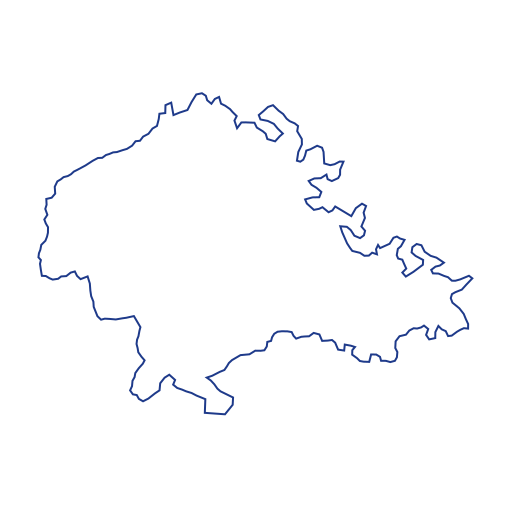 the district of Honório Serpa, Paraná, Brazil, rotated 183°
{"feature_id": "56859067B29869228450970", "entity_name": "Honório Serpa", "entity_type": "district", "adm_level": 2, "iso_a3": "BRA", "parent_name": "Brazil", "parent_adm1": "Paraná", "projection": "mercator", "projection_center": [-52.402, -26.16], "detail": "fine", "context": "isolated", "style": "outline", "palette": "blue", "viewbox_px": 512, "rotation_deg": 183, "n_neighbors": 0, "source": "geoboundaries", "source_scale": "gbopen_adm2", "svg_char_len": 4289}
<svg xmlns="http://www.w3.org/2000/svg" viewBox="0 0 512 512"><g transform="rotate(183 256 256)"><path d="M348.7,404.7L354.3,401.9L354.1,394.0L359.9,393.0L360.3,387.6L361.7,380.7L366.0,377.9L369.8,372.4L375.0,369.3L377.9,365.0L382.3,364.3L385.5,359.7L390.5,356.2L394.8,354.7L400.4,352.5L404.1,352.0L407.8,350.2L411.1,349.0L414.7,346.0L419.0,345.6L424.1,342.5L431.0,337.5L438.9,332.7L442.3,330.8L445.0,328.0L448.1,326.0L452.3,324.7L455.0,322.3L458.3,320.1L460.6,314.6L459.8,307.8L463.1,303.5L468.4,302.0L467.8,296.2L468.9,292.0L466.5,286.2L469.3,281.4L467.6,277.5L465.2,273.9L465.0,268.3L465.7,264.4L467.1,260.2L471.0,255.9L471.7,250.9L472.9,247.4L473.2,243.3L470.6,240.7L471.3,236.9L470.1,230.8L468.8,225.0L464.8,225.0L461.1,223.0L457.8,221.8L452.4,222.9L449.5,225.4L444.4,226.0L440.2,229.7L436.1,231.1L433.7,226.8L430.0,223.7L423.1,226.8L420.5,219.8L419.6,212.7L418.5,207.3L416.0,201.9L415.4,196.7L411.2,187.6L407.4,184.3L403.7,185.5L399.0,185.5L392.7,185.3L386.1,186.8L382.4,187.5L374.8,189.6L367.7,178.9L368.5,175.1L369.2,169.7L370.4,166.2L370.7,161.9L369.4,157.8L368.5,153.7L365.1,149.4L361.8,146.0L363.4,142.5L367.2,137.8L370.4,132.8L370.9,128.7L372.8,124.9L373.0,119.5L374.7,115.2L371.7,111.4L367.8,110.9L365.5,107.2L361.2,105.0L356.0,108.0L349.7,113.5L345.3,116.8L345.0,123.9L340.9,129.7L336.4,132.9L330.3,128.0L332.0,123.2L327.8,120.1L322.8,118.7L318.7,117.2L313.1,115.8L308.1,113.5L299.1,110.4L298.9,96.7L278.7,96.3L271.5,106.2L271.5,113.5L284.4,119.0L287.6,121.5L290.9,125.7L294.6,129.3L298.8,132.0L293.5,134.1L286.1,138.4L281.6,140.5L279.2,144.4L277.5,147.7L274.5,150.8L266.3,156.2L257.4,157.5L251.8,161.4L246.4,161.6L242.7,162.3L240.5,166.2L240.2,170.8L236.5,172.0L235.7,175.7L233.7,179.3L230.5,181.5L226.2,182.2L220.7,182.4L216.4,181.9L214.3,178.2L211.6,175.6L206.5,177.7L203.0,178.2L198.8,178.6L194.4,182.2L188.6,181.0L185.5,174.7L179.8,175.3L175.7,176.1L172.4,173.6L169.1,166.8L163.0,166.2L162.7,172.2L156.6,171.4L152.4,170.3L154.9,167.0L154.8,162.5L149.8,159.3L146.8,156.6L143.1,156.1L137.4,156.2L135.9,163.7L130.8,163.9L126.9,161.8L125.6,157.9L120.8,158.1L116.3,157.1L111.8,158.6L110.0,162.2L109.8,167.5L112.1,171.4L112.1,178.1L108.5,183.4L102.1,185.3L99.0,189.6L94.8,192.1L91.3,192.0L87.4,193.3L84.6,195.3L80.2,192.1L82.0,186.1L78.7,181.8L72.7,183.4L72.9,189.4L70.2,195.7L66.7,192.5L62.6,190.9L60.0,186.1L56.4,186.7L51.3,190.9L48.1,193.0L44.6,194.8L40.4,194.6L40.6,199.2L43.1,203.9L45.5,209.0L50.2,214.4L57.4,219.7L59.3,224.1L58.3,228.2L55.0,230.3L48.7,233.2L44.4,238.5L38.8,245.0L42.3,247.4L50.9,243.3L55.7,241.7L59.1,241.6L63.2,244.9L67.0,245.9L72.8,248.0L78.4,247.9L80.3,251.3L76.2,254.8L71.9,256.1L68.0,259.2L75.7,263.8L81.6,265.3L87.8,269.1L91.4,275.4L96.2,276.4L100.3,273.0L100.8,267.7L96.6,264.4L88.9,260.8L88.9,256.0L98.0,248.4L105.3,243.3L109.0,247.1L105.3,251.3L107.9,256.3L109.7,260.0L113.9,260.9L115.5,264.2L114.7,270.6L111.8,273.3L108.5,279.9L113.1,281.0L116.3,282.8L119.7,281.4L123.2,275.2L132.5,270.4L134.7,273.4L136.5,269.0L135.3,264.0L140.2,265.4L143.3,262.3L147.8,261.9L152.3,264.6L160.1,266.1L162.5,269.0L165.7,273.4L171.1,284.1L173.4,290.1L166.8,289.9L162.7,286.8L158.8,281.4L153.0,279.3L149.3,282.3L148.4,286.9L152.3,291.0L149.2,299.7L150.8,304.9L148.7,311.7L152.9,313.8L158.8,309.0L162.9,300.8L179.5,309.6L182.1,305.5L185.8,303.5L192.2,308.2L195.5,306.4L200.6,305.1L208.0,311.1L209.9,315.1L202.6,317.5L195.9,318.0L194.1,323.4L199.2,327.3L204.3,330.0L207.3,333.7L201.8,336.5L195.4,337.1L189.9,341.0L188.5,336.5L184.2,334.8L178.0,338.1L176.3,341.5L176.5,346.7L173.6,354.8L177.4,354.7L182.3,351.8L186.6,350.6L192.7,352.0L194.0,363.5L195.7,367.6L200.7,369.3L207.3,365.4L211.3,363.9L212.3,358.8L213.8,354.7L216.7,352.5L220.1,353.3L219.2,362.1L216.0,369.8L216.4,375.3L221.4,382.8L220.8,388.0L224.3,390.5L229.4,392.4L232.6,394.7L236.3,399.2L241.0,402.3L246.9,407.5L251.8,405.5L256.3,400.9L260.6,396.9L258.7,392.6L251.3,391.5L245.1,388.9L241.0,384.4L235.6,379.7L238.6,376.8L242.9,371.5L250.8,373.4L252.7,378.6L255.7,380.9L261.9,384.3L264.5,389.0L273.6,388.9L277.6,388.6L281.6,382.6L284.6,390.1L282.6,394.7L287.0,398.6L289.6,401.3L294.5,404.4L298.9,406.3L301.2,412.9L305.3,410.7L308.5,405.7L312.9,409.0L314.5,413.4L318.5,415.7L324.1,414.2L328.4,406.4L332.1,398.2L339.6,395.3L345.8,392.4L348.7,404.7Z" fill="none" stroke="#1e3a8a" stroke-width="2"/></g></svg>